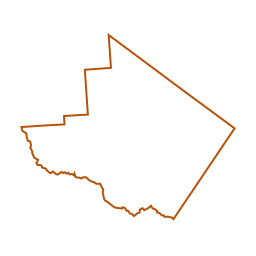 the district of Pecos, Texas, United States of America, rotated 176°
{"feature_id": "52423323B87811641324082", "entity_name": "Pecos", "entity_type": "district", "adm_level": 2, "iso_a3": "USA", "parent_name": "United States of America", "parent_adm1": "Texas", "projection": "natural_earth1", "projection_center": [-102.382, 30.712], "detail": "fine", "context": "isolated", "style": "outline", "palette": "amber", "viewbox_px": 256, "rotation_deg": 176, "n_neighbors": 0, "source": "geoboundaries", "source_scale": "gbopen_adm2", "svg_char_len": 1159}
<svg xmlns="http://www.w3.org/2000/svg" viewBox="0 0 256 256"><g transform="rotate(176 128 128)"><path d="M38.6,134.6L66.5,158.3L140.8,222.1L140.8,189.2L167.0,189.1L167.1,144.2L191.0,144.4L191.1,136.0L207.5,136.3L234.3,136.4L233.5,132.4L229.8,129.8L229.7,126.1L228.8,122.3L226.6,121.4L225.9,117.5L226.9,115.2L225.1,111.4L225.3,109.6L223.6,104.9L219.9,102.5L221.9,99.4L220.8,97.5L217.9,97.1L216.6,96.1L216.4,94.5L212.8,93.2L211.7,91.1L209.1,88.7L208.0,88.4L205.8,89.8L203.4,87.3L201.4,86.4L197.6,88.8L195.8,87.5L194.3,88.3L192.2,86.7L190.9,87.6L189.4,85.8L187.2,86.0L185.4,84.7L184.7,86.3L183.6,82.5L180.0,81.8L178.3,80.9L176.1,82.0L173.4,81.8L169.6,78.0L165.5,76.2L163.8,74.7L161.7,74.4L159.7,74.3L158.0,70.0L156.9,68.4L157.7,65.6L156.9,59.2L155.7,56.9L154.5,56.4L150.6,53.0L148.4,50.8L146.0,49.4L139.5,48.1L138.9,49.3L136.9,48.7L135.1,45.6L133.6,45.3L132.2,42.7L129.8,41.8L128.1,39.7L124.4,42.4L122.4,42.8L121.8,45.8L119.1,47.0L117.5,44.9L113.4,46.7L110.5,48.8L109.1,46.1L107.1,45.3L104.5,43.0L104.8,41.7L102.5,40.9L100.3,38.5L98.4,38.3L98.0,36.9L94.3,36.7L90.4,35.6L89.0,33.9L21.7,120.2L38.6,134.6Z" fill="none" stroke="#b45309" stroke-width="2"/></g></svg>